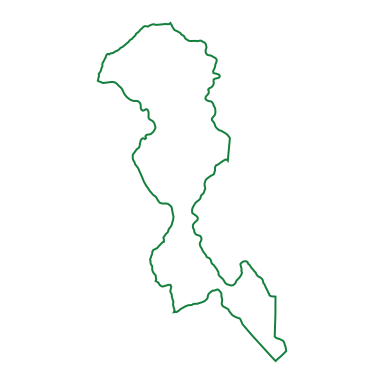 Cônego Marinho, Minas Gerais, Brazil
{"feature_id": "56859067B75247636863248", "entity_name": "Cônego Marinho", "entity_type": "district", "adm_level": 2, "iso_a3": "BRA", "parent_name": "Brazil", "parent_adm1": "Minas Gerais", "projection": "orthographic", "projection_center": [-44.593, -15.041], "detail": "fine", "context": "isolated", "style": "outline", "palette": "green", "viewbox_px": 384, "rotation_deg": 0, "n_neighbors": 0, "source": "geoboundaries", "source_scale": "gbopen_adm2", "svg_char_len": 5974}
<svg xmlns="http://www.w3.org/2000/svg" viewBox="0 0 384 384"><path d="M173.8,312.2L175.2,312.0L176.8,312.0L178.1,311.0L179.2,310.5L180.1,309.3L181.5,308.6L184.9,306.6L186.7,305.8L188.2,305.3L189.4,305.1L190.6,305.2L191.8,305.0L193.0,304.2L194.3,303.8L196.2,303.8L198.1,303.6L200.0,302.8L201.7,302.4L204.2,301.3L206.3,299.7L207.3,298.5L207.7,297.4L207.9,295.8L208.4,294.3L209.5,293.0L211.2,291.6L212.4,290.7L214.2,290.6L217.3,289.5L218.4,289.7L220.0,291.5L220.9,292.7L221.4,293.8L221.5,297.2L222.0,298.3L222.2,300.3L221.9,302.0L221.7,303.8L222.2,305.4L223.2,306.4L226.5,308.3L227.7,308.8L228.6,309.8L229.1,311.1L232.2,315.0L233.5,315.9L236.6,317.5L239.4,318.3L240.3,319.1L241.9,322.7L242.4,324.1L251.2,334.4L269.4,354.4L275.5,361.0L277.3,359.4L281.5,355.7L286.2,351.1L285.7,347.5L284.1,342.5L283.3,340.9L278.9,338.7L277.8,338.6L276.1,337.8L274.7,336.6L275.4,315.0L275.5,296.6L272.2,296.4L270.6,296.1L269.3,295.0L269.2,293.8L268.3,292.7L267.1,289.8L266.2,288.3L264.3,284.0L263.4,283.0L262.7,280.1L262.1,279.0L260.1,277.3L258.2,276.5L256.8,274.9L256.1,273.6L255.6,272.4L254.4,271.4L253.4,270.0L251.0,267.3L250.3,265.9L249.2,264.6L248.0,263.6L247.5,261.9L245.7,261.2L243.8,261.4L242.4,262.0L240.5,263.8L240.5,265.1L240.9,266.2L241.6,269.2L241.4,271.0L242.0,272.7L241.4,274.5L240.5,276.1L239.7,277.1L239.0,278.1L236.6,280.5L235.9,281.9L235.3,283.3L234.1,284.5L232.8,285.3L231.2,285.5L227.1,284.3L226.1,283.7L225.2,282.8L223.2,279.5L221.9,278.1L220.6,277.1L219.7,276.2L218.9,275.2L218.5,274.1L218.5,272.2L217.6,270.8L217.0,269.5L213.7,265.0L211.8,263.5L211.4,262.3L211.0,260.6L210.1,259.0L208.9,257.9L207.6,257.5L206.6,256.8L205.9,255.0L203.5,252.1L202.7,250.7L202.1,249.3L201.4,248.0L200.7,247.1L200.2,245.8L199.8,244.3L199.9,242.9L200.7,241.5L201.3,239.9L201.5,238.6L201.1,237.2L200.1,235.9L196.2,234.6L195.3,233.7L194.3,231.9L194.2,230.0L193.4,228.7L192.9,227.2L192.9,225.1L193.6,223.8L194.4,222.8L195.4,221.8L196.8,220.7L197.7,219.6L197.8,218.0L197.3,216.8L196.0,215.7L192.5,213.2L192.1,212.1L192.1,210.5L192.2,209.2L192.7,207.6L194.2,204.9L195.6,202.7L196.7,201.7L198.3,200.6L199.9,199.1L200.6,197.6L200.9,195.8L202.1,194.5L203.2,193.6L203.9,192.4L204.4,190.8L205.2,189.0L205.1,187.5L204.6,185.7L204.6,183.8L204.8,182.5L205.8,179.8L206.8,178.8L210.2,176.2L213.4,174.5L214.2,173.6L214.4,172.3L214.9,170.9L215.1,167.0L216.1,165.3L217.7,164.7L219.2,163.7L222.2,161.5L224.1,160.3L225.7,159.5L226.9,159.7L227.8,160.7L229.9,138.1L228.8,136.5L227.5,134.9L226.7,134.2L225.6,133.3L222.9,131.8L221.3,130.8L219.8,130.4L218.6,129.9L216.2,127.6L215.3,126.2L214.7,124.2L213.8,122.3L212.7,121.1L211.8,119.8L212.1,118.2L214.7,115.1L215.3,113.4L215.4,111.5L215.3,109.4L214.9,107.9L214.4,106.8L213.7,105.8L213.5,104.7L212.7,103.1L211.7,101.8L210.6,101.3L209.0,101.2L207.3,100.5L206.2,99.8L205.4,98.7L205.6,97.3L206.4,95.9L207.5,94.8L208.7,93.1L208.7,91.2L208.2,89.4L209.5,88.1L211.0,87.5L212.2,86.5L212.9,85.6L213.5,84.3L213.8,83.2L213.6,81.6L213.6,79.6L214.9,78.7L217.3,78.2L218.6,77.8L219.7,76.8L219.7,75.6L218.8,74.6L216.4,73.7L214.8,73.4L213.4,73.0L213.1,71.2L214.7,67.8L215.2,65.9L215.4,64.4L216.6,61.3L216.7,60.0L216.2,58.8L215.1,57.8L213.5,57.1L211.9,56.0L210.3,55.4L207.9,55.1L207.0,54.5L206.1,53.4L205.6,51.9L205.6,50.2L206.5,47.6L206.1,45.5L205.7,43.9L204.6,42.6L202.3,41.5L201.3,40.7L199.6,40.7L197.5,41.2L196.4,40.9L190.1,41.0L188.4,40.6L185.3,38.5L184.7,37.3L183.7,35.8L181.2,34.4L180.5,33.2L178.1,31.7L174.5,30.0L172.7,27.4L172.1,26.0L170.4,23.0L169.1,24.1L166.6,24.2L165.2,23.8L164.1,24.2L162.4,24.3L156.7,24.9L154.9,24.6L153.5,24.2L151.3,24.8L149.4,25.6L148.0,26.6L146.1,26.2L144.5,26.2L142.9,27.3L141.8,28.6L140.7,29.3L139.8,30.6L137.7,32.7L136.7,33.2L135.8,34.1L135.4,35.5L134.4,36.3L132.6,38.1L131.9,39.0L130.6,39.6L129.5,40.6L128.7,41.8L127.7,42.7L126.6,43.4L125.6,44.5L124.3,45.4L123.2,46.5L122.2,47.1L120.5,47.9L119.4,49.2L117.3,50.7L116.2,51.0L112.9,53.0L110.6,53.4L109.3,54.4L108.0,53.8L107.0,54.4L106.3,55.4L105.8,56.5L105.6,57.7L104.9,58.6L104.4,59.9L102.6,63.0L102.3,64.5L102.4,66.5L101.7,67.7L100.7,71.1L99.7,72.7L98.7,74.0L99.0,75.7L98.2,79.2L97.8,80.8L98.9,81.4L100.8,82.0L102.0,82.7L103.4,83.0L111.1,82.0L113.4,82.0L115.2,82.6L117.0,83.9L119.2,86.2L120.9,87.6L122.5,89.9L123.9,93.1L124.8,94.6L126.7,96.9L127.8,97.9L130.4,99.8L132.4,100.6L134.0,101.0L135.5,100.9L137.2,101.0L138.3,101.4L139.3,102.2L140.4,103.7L140.7,105.3L140.8,108.4L141.6,109.9L142.9,110.7L144.5,110.1L146.1,109.1L147.5,109.7L148.3,111.2L148.6,112.7L148.5,117.3L149.1,118.8L150.3,119.8L151.6,120.4L153.0,121.4L154.1,122.9L154.7,124.4L155.4,127.0L155.2,128.6L153.8,131.1L153.0,132.1L150.7,134.1L149.0,134.5L147.4,134.6L146.3,135.0L145.4,136.3L146.1,138.0L145.0,139.1L143.8,138.5L142.6,138.3L141.3,139.3L140.7,140.4L140.3,142.1L139.9,143.9L139.6,146.2L138.9,147.7L136.5,149.5L135.6,150.9L133.1,154.2L132.7,155.6L132.8,159.0L133.5,160.6L134.5,162.1L135.1,164.2L138.2,168.2L138.8,169.7L141.7,176.2L144.0,181.9L144.9,183.3L146.3,186.0L147.3,187.1L150.1,191.4L151.0,192.3L152.7,194.4L154.1,195.6L155.2,196.3L156.1,197.2L156.9,198.5L157.7,200.1L158.8,201.6L159.8,202.7L161.3,203.3L162.5,203.5L166.4,203.5L168.0,203.9L170.5,205.8L171.5,207.1L171.9,208.3L172.1,210.2L172.5,211.9L172.7,213.3L173.5,216.6L173.1,220.1L172.6,221.3L171.7,224.9L170.4,227.1L168.8,229.0L167.9,232.0L167.1,233.0L166.1,233.7L163.9,236.8L163.4,238.0L163.9,239.2L163.9,241.8L162.8,242.2L161.9,242.9L158.5,246.5L157.8,247.5L156.8,248.3L153.3,250.0L152.3,251.7L152.3,253.3L151.9,254.6L151.3,255.9L150.7,257.9L150.1,259.5L150.5,261.0L150.5,262.8L151.0,264.4L152.0,265.8L152.3,267.4L152.2,269.5L152.7,271.3L153.4,272.8L154.2,273.7L155.8,275.6L155.8,277.7L156.2,279.4L155.6,280.9L158.4,282.7L159.2,284.2L160.3,285.5L161.7,286.4L163.2,286.5L164.3,286.1L168.6,284.8L170.4,284.9L171.2,286.4L171.0,288.4L170.5,290.0L170.3,291.6L170.7,292.6L171.6,294.1L171.8,295.4L171.8,296.8L172.3,298.3L172.6,299.6L173.1,300.6L173.4,301.9L173.1,303.3L173.1,304.7L173.4,306.3L174.6,310.4L173.8,312.2Z" fill="none" stroke="#15803d" stroke-width="2"/></svg>